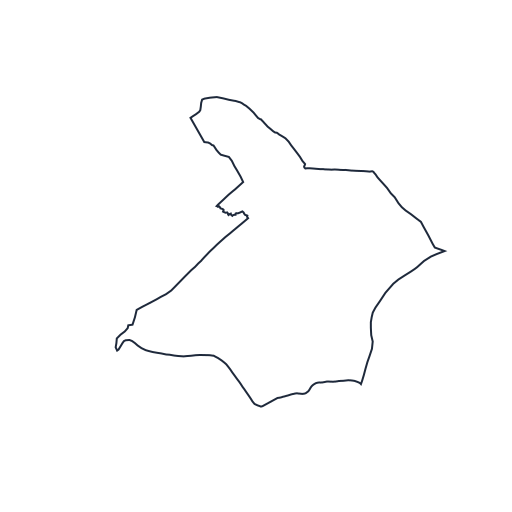 Svay Teab, Svay Rieng, Cambodia, rotated 151°
{"feature_id": "14789045B97672337588040", "entity_name": "Svay Teab", "entity_type": "district", "adm_level": 2, "iso_a3": "KHM", "parent_name": "Cambodia", "parent_adm1": "Svay Rieng", "projection": "mercator", "projection_center": [105.952, 11.09], "detail": "fine", "context": "isolated", "style": "outline", "palette": "slate", "viewbox_px": 512, "rotation_deg": 151, "n_neighbors": 0, "source": "geoboundaries", "source_scale": "gbopen_adm2", "svg_char_len": 4490}
<svg xmlns="http://www.w3.org/2000/svg" viewBox="0 0 512 512"><g transform="rotate(151 256 256)"><path d="M266.2,318.7L265.7,318.1L265.4,317.4L264.2,317.3L263.9,316.2L264.0,314.9L262.8,313.7L262.2,312.9L262.0,311.9L263.3,310.8L262.4,309.5L261.5,308.5L260.1,308.1L259.9,306.8L260.3,305.8L260.1,305.1L258.9,305.5L257.5,305.3L257.8,304.3L257.6,303.4L257.2,302.6L256.5,302.9L254.9,302.5L253.9,302.0L253.2,303.0L252.5,303.0L251.2,302.1L249.1,301.8L246.3,301.6L245.7,299.9L245.9,299.0L245.5,297.0L244.5,296.2L244.0,295.5L244.8,294.7L244.6,292.9L250.1,291.8L257.5,290.4L263.3,289.3L267.8,288.4L273.7,287.4L280.7,285.8L284.9,284.8L288.1,283.9L290.0,283.4L292.5,282.8L295.4,282.0L297.5,281.3L301.4,280.1L305.3,278.8L306.2,278.4L310.0,277.5L314.7,276.0L319.5,275.0L328.2,272.5L337.8,269.6L346.9,266.9L353.3,266.2L358.9,266.4L364.0,266.3L369.7,266.4L380.0,266.7L386.5,266.7L391.7,261.0L397.3,255.8L401.3,257.3L403.2,255.1L407.4,253.6L412.5,252.9L417.7,251.4L420.4,247.4L423.0,244.2L423.3,240.6L421.6,240.8L418.4,242.6L415.1,244.5L412.8,245.6L410.9,245.5L407.4,243.9L405.6,241.7L404.1,238.5L402.9,235.1L400.8,230.9L398.1,227.1L396.0,225.0L392.8,222.0L389.3,219.2L386.2,216.8L382.3,213.4L379.5,211.6L375.7,208.5L372.6,206.3L368.0,203.3L365.2,202.1L361.1,200.2L356.9,198.5L353.0,196.6L348.2,193.8L344.6,191.7L342.1,189.8L341.4,189.4L340.3,187.6L338.7,185.2L336.7,181.3L335.4,178.2L334.5,175.7L334.0,172.7L333.5,169.3L333.2,165.7L332.7,161.9L332.3,158.5L332.0,156.3L331.7,154.4L331.4,151.4L331.2,148.0L330.8,145.1L330.6,142.7L330.2,138.8L329.9,135.6L329.7,133.0L329.6,130.5L329.0,127.3L327.5,125.2L326.8,124.3L325.6,123.0L324.7,121.9L323.1,121.5L306.1,121.4L305.4,121.2L304.6,120.8L303.8,120.6L303.1,120.3L301.7,120.0L300.5,119.8L299.7,119.5L298.8,119.3L298.0,119.1L297.0,118.9L296.0,118.6L294.5,118.3L293.5,118.1L292.8,118.0L291.7,117.7L290.9,117.5L289.8,117.1L288.9,116.9L288.1,116.6L287.5,116.4L286.4,115.8L285.1,114.8L284.4,114.4L283.6,113.8L283.0,113.4L282.3,112.9L281.3,112.5L280.2,112.1L279.0,111.9L276.0,112.3L275.2,112.6L274.0,113.2L273.0,113.8L272.0,114.4L270.8,115.0L269.5,115.4L268.4,115.6L267.6,115.7L266.6,115.7L265.7,115.8L264.6,115.6L263.5,115.3L262.4,114.9L261.6,114.5L260.9,114.0L259.9,113.6L259.2,113.2L258.5,113.0L257.7,112.7L256.4,112.3L255.7,112.1L254.8,111.8L254.1,111.4L253.4,111.0L252.7,110.6L252.1,110.2L251.3,109.7L250.1,109.0L249.0,108.4L248.2,108.1L247.5,107.7L246.4,107.3L245.7,107.0L244.1,106.5L243.2,106.0L242.4,105.7L241.7,105.3L240.9,104.9L240.1,104.5L238.4,103.8L237.2,103.3L236.0,102.8L235.3,102.5L234.6,102.0L233.7,101.5L232.9,100.9L231.9,100.2L230.5,99.1L230.0,98.6L229.3,97.8L228.5,96.9L228.0,96.3L227.1,95.1L226.5,94.0L226.3,93.1L223.7,95.4L219.5,99.5L214.8,104.4L209.9,109.3L205.6,113.1L199.6,118.6L195.4,124.6L193.6,130.9L191.3,135.6L190.2,137.8L187.6,142.5L184.4,146.5L181.3,149.9L176.5,153.0L169.4,156.5L160.6,161.1L149.3,165.2L142.8,166.4L135.4,166.9L128.0,167.3L123.4,167.7L120.6,168.1L111.4,170.2L103.3,170.7L97.1,170.1L88.7,168.9L90.8,171.4L93.4,174.3L95.5,176.7L95.6,181.0L95.3,190.4L95.3,200.5L95.2,205.9L97.4,210.8L100.2,217.4L103.1,223.3L104.8,228.0L105.8,233.1L106.2,240.1L107.7,245.5L108.4,252.0L109.7,257.7L111.0,263.2L111.6,266.0L111.9,269.5L112.3,271.1L112.5,272.7L113.3,273.8L115.7,274.7L117.4,275.9L120.7,278.1L123.9,280.0L127.2,282.0L129.4,283.4L131.2,284.5L133.9,286.4L136.2,288.0L137.3,288.5L140.3,290.3L142.5,291.8L145.2,293.5L148.1,294.9L150.3,296.3L151.8,297.2L154.1,298.6L155.1,299.4L157.8,300.9L161.1,303.1L163.6,304.8L166.5,306.7L168.6,307.9L170.4,308.6L170.8,310.0L170.5,311.0L169.0,312.1L168.5,312.6L168.7,313.7L169.3,316.5L169.5,321.4L170.0,325.2L170.7,330.0L171.6,335.8L172.0,340.2L173.2,344.7L174.4,346.9L175.9,349.5L176.8,350.9L177.5,352.7L178.0,353.7L179.5,354.8L180.6,357.0L181.6,359.8L182.4,361.8L183.1,363.5L183.6,365.7L184.2,368.1L184.7,370.4L185.2,372.0L185.2,372.8L186.0,373.6L187.3,375.7L188.0,379.2L188.6,382.6L190.3,388.1L191.9,392.2L193.2,394.3L194.1,396.3L195.3,398.1L196.4,399.1L198.7,401.5L199.9,402.4L203.9,405.7L208.3,409.8L213.2,414.0L219.3,416.7L224.7,418.6L227.3,418.9L229.7,416.5L232.0,413.2L234.0,410.6L235.7,409.7L239.8,409.1L243.1,408.9L246.3,408.6L246.0,380.7L242.8,378.4L241.5,376.5L241.0,375.1L240.7,374.3L239.6,373.3L239.4,371.3L239.2,368.0L238.5,364.5L237.7,361.7L235.1,359.1L231.7,355.8L231.0,350.9L231.3,345.1L231.1,340.1L231.0,332.9L231.4,326.9L232.3,326.7L237.8,325.4L242.1,324.4L244.5,324.0L250.2,322.9L261.6,320.0L264.4,319.3L266.2,318.7Z" fill="none" stroke="#1e293b" stroke-width="2"/></g></svg>